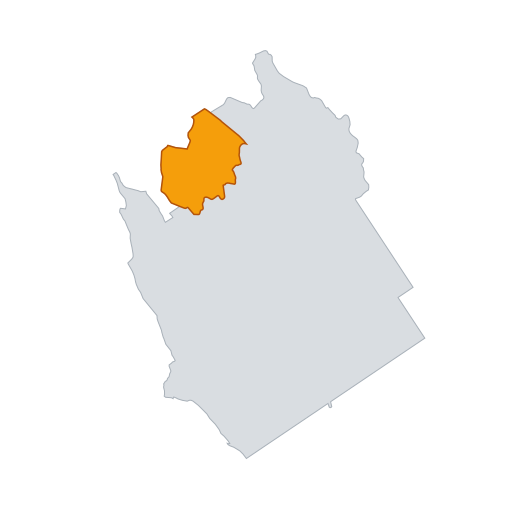 South Kordufan highlighted on a map of Sudan, rotated 146°
{"feature_id": "SDN-882", "entity_name": "South Kordufan", "entity_type": "State", "adm_level": 1, "iso_a3": "SDN", "parent_name": "Sudan", "parent_adm1": "", "projection": "equal_earth", "projection_center": [29.886, 11.03], "detail": "fine", "context": "in_parent", "style": "filled", "palette": "amber", "viewbox_px": 512, "rotation_deg": 146, "n_neighbors": 0, "source": "natural_earth", "source_scale": "10m", "svg_char_len": 5899}
<svg xmlns="http://www.w3.org/2000/svg" viewBox="0 0 512 512"><g transform="rotate(146 256 256)"><path d="M328.9,403.5L325.4,403.5L325.1,402.4L325.1,399.4L325.5,397.1L326.7,393.5L326.4,391.5L326.6,388.7L325.6,385.5L317.3,376.2L315.6,373.7L311.1,371.3L311.9,368.7L310.0,349.8L310.9,347.7L311.1,344.3L311.1,341.4L312.2,336.6L312.3,334.6L303.4,334.4L303.3,336.5L303.7,338.8L303.7,339.7L291.4,339.8L296.3,347.2L296.6,350.5L296.3,354.5L296.4,357.1L296.7,358.8L298.0,362.1L297.9,362.8L297.6,363.5L288.9,373.4L287.4,378.0L286.3,380.4L283.7,384.5L275.7,395.1L274.4,395.8L268.3,396.1L267.7,396.4L267.3,396.9L267.0,396.8L261.8,390.5L253.0,383.1L247.2,387.0L245.6,388.4L245.6,392.0L244.7,393.8L243.1,395.8L238.8,397.1L236.6,398.2L233.9,400.2L231.3,403.6L231.1,405.3L231.4,406.9L216.6,406.9L215.6,405.6L213.5,400.0L212.0,400.4L198.4,399.7L196.5,400.3L192.6,402.6L190.7,403.0L188.7,401.9L181.6,390.9L180.1,389.6L178.5,386.9L177.0,385.8L176.5,384.9L176.3,383.8L176.4,381.4L175.9,379.8L174.8,379.5L165.2,382.0L163.8,381.8L161.8,382.2L161.1,382.7L160.3,384.1L160.2,387.1L159.9,388.6L159.2,390.3L156.4,394.0L155.8,395.7L155.9,399.8L155.7,401.9L155.3,402.8L154.1,404.4L153.7,405.3L153.2,410.6L151.7,413.8L151.3,414.9L151.2,417.2L151.0,417.9L146.7,419.8L145.0,420.9L144.0,422.7L143.8,423.5L141.9,422.9L139.6,422.4L135.1,421.8L133.3,421.0L132.4,419.7L132.7,416.5L132.3,415.8L131.6,415.3L131.1,413.9L131.2,412.2L133.6,408.5L134.1,406.6L134.8,397.3L134.6,394.5L132.8,389.3L128.5,380.3L127.5,378.6L122.1,371.2L121.5,370.1L120.2,367.0L121.7,360.2L121.8,358.3L121.5,356.4L120.1,354.9L118.9,354.7L117.3,352.9L116.3,352.1L115.4,350.5L114.7,348.2L115.3,340.2L115.0,339.2L113.6,338.9L113.3,338.3L113.3,336.8L112.6,332.2L111.8,328.4L112.3,326.4L111.2,323.5L109.0,322.3L104.7,323.2L103.3,323.1L102.4,322.5L101.8,321.5L101.5,320.3L101.8,318.4L103.0,315.0L104.6,312.2L107.7,309.7L108.6,308.3L109.1,306.8L109.2,305.1L109.0,303.3L108.6,301.6L107.8,299.4L107.0,296.9L106.9,295.1L107.4,293.9L108.2,292.4L111.3,289.4L114.5,287.0L115.0,286.1L114.9,285.1L113.4,283.1L113.0,279.2L112.3,276.5L113.9,274.4L115.1,273.7L116.9,273.1L117.6,272.2L117.9,270.6L117.8,269.0L118.5,267.8L119.4,265.3L120.2,264.2L122.6,261.3L123.1,259.4L123.3,257.6L122.7,252.1L124.1,249.8L125.9,247.9L128.5,248.0L132.4,247.6L135.1,246.8L137.1,246.8L141.4,247.9L141.9,247.4L142.1,246.0L143.3,142.2L161.2,142.2L161.5,142.1L162.0,93.5L274.8,93.5L275.7,93.4L277.4,88.8L278.2,88.5L279.4,88.8L279.8,89.8L278.8,93.5L377.2,93.5L377.5,99.0L378.4,103.5L381.3,109.8L383.7,113.2L384.6,115.1L384.7,116.0L384.6,116.8L383.9,115.8L382.6,115.2L382.5,118.2L383.2,124.3L384.3,128.5L383.6,132.5L383.8,139.2L385.2,147.2L385.0,152.4L387.3,164.4L389.4,171.0L390.5,172.7L391.8,173.6L394.2,174.1L397.7,177.5L400.6,181.1L401.6,183.0L403.0,185.1L403.9,184.7L404.5,184.1L405.4,185.8L409.9,189.4L410.5,191.1L409.0,192.7L407.2,195.5L406.3,198.1L405.9,199.0L404.4,200.6L404.2,201.4L403.6,201.9L402.9,202.0L401.4,202.8L400.0,202.6L398.7,203.1L398.2,203.7L397.1,204.2L395.6,204.5L393.3,206.7L391.3,207.8L390.7,208.7L389.7,213.1L388.9,214.3L386.0,214.4L384.5,214.8L382.5,214.3L381.6,214.4L381.3,215.3L381.0,219.1L381.1,220.7L379.5,225.1L380.1,233.2L378.5,239.3L378.3,240.7L376.7,245.5L375.9,247.3L373.9,256.3L373.1,259.1L371.4,262.0L373.4,283.8L372.0,290.4L372.1,294.1L371.1,299.4L370.3,301.9L369.0,304.9L367.9,308.3L367.0,312.7L366.4,321.1L366.1,321.9L360.8,322.9L359.1,323.5L358.0,324.4L356.7,326.6L354.0,332.5L352.6,336.1L350.4,341.1L347.8,344.6L347.3,346.3L346.9,349.5L345.9,354.5L345.1,358.1L345.3,360.9L344.5,365.9L344.6,368.4L343.7,369.7L342.5,371.0L341.6,371.3L337.9,368.0L335.3,370.3L333.7,373.5L332.5,376.8L333.2,383.7L333.2,385.2L332.8,386.9L330.4,393.7L329.7,396.8L328.9,402.2L328.9,403.5Z" fill="#d9dde1" stroke="#a8b0b8" stroke-width="1"/><path d="M291.6,340.0L296.5,347.3L296.6,347.8L296.6,348.1L296.7,350.6L296.5,354.7L296.6,357.3L296.9,359.0L298.2,362.3L298.1,362.9L297.8,363.7L293.4,368.7L289.1,373.6L288.8,374.1L287.6,378.2L286.5,380.6L285.9,381.3L283.9,384.7L279.9,389.9L275.9,395.2L274.6,395.9L270.6,396.2L268.5,396.3L268.3,396.4L267.9,396.6L267.7,396.8L267.4,397.0L267.2,396.9L266.9,396.6L262.0,390.7L257.6,387.0L253.2,383.2L252.3,383.9L247.4,387.1L246.3,388.0L245.8,388.6L245.7,392.2L244.9,394.0L243.3,396.0L239.0,397.3L236.8,398.4L234.5,400.0L234.1,400.4L232.7,401.8L231.5,403.4L231.1,404.4L231.1,405.4L231.2,406.3L231.4,407.0L223.9,406.9L216.5,406.8L215.6,405.4L213.7,400.2L212.4,396.4L209.7,388.5L209.3,386.4L202.9,365.0L201.7,358.4L201.7,357.3L201.4,354.4L202.4,355.5L204.1,356.5L206.1,356.5L207.2,356.1L208.2,355.7L209.2,354.9L209.9,354.0L210.7,352.8L211.9,351.1L213.0,349.9L213.8,348.8L214.4,347.1L215.2,345.2L215.8,343.3L216.0,342.4L216.4,341.3L217.0,340.8L217.8,340.8L218.8,341.2L220.2,341.3L221.0,341.7L221.7,342.3L222.5,342.3L223.6,342.1L225.7,341.6L226.9,341.1L227.5,340.6L227.6,339.8L227.4,339.0L227.6,337.7L228.3,335.2L228.7,333.1L229.3,331.9L229.8,331.4L230.6,330.7L231.3,329.4L232.2,328.1L232.7,327.7L233.4,327.5L233.9,327.8L235.2,329.1L236.5,330.3L237.6,331.5L238.9,332.5L240.7,333.0L241.2,332.7L241.8,332.5L242.2,332.6L242.6,332.7L243.0,332.9L243.3,333.0L243.7,333.0L248.7,322.9L249.3,322.2L250.0,321.8L250.7,321.7L251.4,321.6L252.0,321.7L252.3,321.8L252.6,322.0L252.8,322.3L253.1,322.9L253.2,323.1L253.3,323.4L253.3,323.8L253.2,326.3L253.3,326.7L253.4,327.0L253.9,327.4L254.4,327.5L259.3,327.3L260.6,327.5L261.1,327.8L261.6,328.3L263.1,331.3L263.7,332.0L264.4,332.7L265.0,333.0L265.5,333.2L266.0,333.2L266.5,333.1L267.0,332.8L267.4,332.3L268.2,331.1L268.4,330.9L268.6,330.7L268.9,330.5L270.0,330.0L270.6,329.6L271.2,329.0L271.7,328.3L272.7,325.9L273.1,325.2L273.6,324.7L274.2,324.4L274.7,324.4L275.6,324.7L276.1,324.7L276.5,324.6L277.0,324.3L279.1,322.6L279.7,322.4L280.1,322.4L280.6,322.6L284.2,325.2L285.2,333.7L285.3,334.1L285.4,334.4L285.7,334.6L285.9,334.7L287.6,334.8L288.7,335.8L291.6,340.0Z" fill="#f59e0b" stroke="#b45309" stroke-width="1.5"/></g></svg>